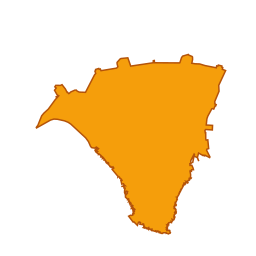 Sector 1, Bucharest, Romania, rotated 19°
{"feature_id": "2599482B44480573036225", "entity_name": "Sector 1", "entity_type": "district", "adm_level": 2, "iso_a3": "ROU", "parent_name": "Romania", "parent_adm1": "Bucharest", "projection": "equal_earth", "projection_center": [26.069, 44.488], "detail": "fine", "context": "isolated", "style": "filled", "palette": "amber", "viewbox_px": 256, "rotation_deg": 19, "n_neighbors": 0, "source": "geoboundaries", "source_scale": "gbopen_adm2", "svg_char_len": 5998}
<svg xmlns="http://www.w3.org/2000/svg" viewBox="0 0 256 256"><g transform="rotate(19 128 128)"><path d="M41.1,157.3L41.5,157.7L52.2,145.7L55.0,143.7L58.5,142.7L65.6,141.9L69.5,142.1L72.6,142.9L91.2,151.1L95.1,153.8L98.3,157.3L99.6,158.2L100.2,158.4L103.0,157.9L104.3,156.3L106.9,157.1L106.4,158.0L105.0,157.5L103.7,160.3L104.2,159.7L104.8,159.9L105.0,159.6L104.5,159.1L105.7,159.7L105.1,160.9L105.3,161.0L105.9,159.6L107.1,160.1L106.2,161.4L108.3,162.2L108.9,161.8L109.4,162.2L109.2,162.6L110.2,162.3L110.8,162.6L110.5,163.1L110.9,162.8L111.4,162.8L111.4,163.2L112.0,163.4L111.9,163.7L112.8,163.4L113.1,163.6L112.8,164.0L113.7,163.8L114.0,164.1L113.9,164.5L114.6,164.3L114.9,164.5L114.7,164.8L115.1,164.6L115.7,165.1L115.7,165.4L115.9,165.2L116.5,165.6L116.4,166.0L117.1,165.9L117.3,166.2L117.1,166.4L117.4,166.3L118.1,166.7L117.9,167.0L118.9,167.3L118.8,167.6L119.2,167.5L119.0,167.8L119.5,168.2L120.5,167.2L120.9,167.4L120.5,167.9L121.1,168.2L120.8,168.6L123.4,169.9L123.4,170.3L124.0,170.7L123.9,171.1L124.6,170.1L125.6,170.7L126.4,169.6L127.6,170.5L126.5,172.3L134.4,177.1L134.5,177.7L135.0,177.0L135.4,177.1L136.3,177.5L136.7,178.3L137.7,178.3L138.4,179.2L138.7,178.9L139.3,179.5L138.4,180.0L140.4,183.1L141.9,182.2L142.7,183.0L144.0,183.5L142.7,183.9L142.8,184.4L141.4,184.9L141.4,185.1L143.3,184.4L143.6,186.0L144.9,185.8L144.9,187.4L145.7,190.1L147.5,192.2L147.6,191.5L147.2,191.5L146.4,190.0L146.7,188.8L147.2,188.9L147.4,188.1L148.4,188.3L148.3,190.0L148.6,190.1L147.5,192.6L148.1,194.2L150.5,195.3L151.6,194.8L151.8,195.2L151.3,196.0L152.3,196.0L152.7,196.6L152.6,197.4L153.1,197.0L153.3,197.3L153.9,197.1L153.7,197.3L154.2,197.6L153.8,198.1L154.1,198.8L154.9,197.9L155.4,198.4L154.7,199.2L155.5,199.5L155.4,199.9L156.6,199.7L156.5,201.0L157.2,200.6L157.3,199.8L157.7,199.8L157.1,201.6L157.8,200.8L158.0,201.0L157.6,202.0L158.0,201.8L157.9,202.3L158.6,201.6L159.2,202.0L158.6,203.0L159.3,203.1L159.0,203.4L159.3,203.9L160.5,202.5L161.0,202.7L161.1,203.0L159.7,204.7L160.0,205.3L160.9,204.6L161.1,204.8L160.1,205.5L160.4,206.1L160.7,206.0L160.6,206.5L161.1,206.2L161.5,206.9L161.0,207.1L161.1,207.5L160.5,208.1L160.8,208.8L159.9,209.5L158.7,209.7L157.3,211.2L163.5,215.3L164.1,214.8L168.6,217.0L168.6,213.8L169.4,213.8L169.4,213.2L170.6,213.3L170.6,215.1L173.2,214.7L173.3,213.7L174.1,213.8L175.3,216.6L174.9,217.2L176.1,217.2L176.0,216.2L176.3,216.5L177.5,216.6L177.8,217.1L178.3,217.1L177.8,216.5L178.0,216.4L178.7,216.9L179.5,216.7L178.6,215.9L179.8,216.7L179.6,216.3L179.8,215.9L179.9,216.3L180.4,216.1L180.4,216.7L180.8,216.9L181.2,216.3L182.9,216.9L182.5,216.3L183.6,215.8L183.9,217.0L187.6,216.9L187.6,216.2L187.9,216.2L187.9,216.9L188.4,216.9L188.4,216.5L189.0,216.8L189.1,216.4L189.9,216.4L189.8,215.7L190.3,215.7L190.3,216.2L191.6,215.9L191.6,216.8L192.8,216.7L192.8,216.3L193.7,216.8L195.1,216.4L195.3,215.6L198.1,214.6L198.4,215.1L198.7,214.8L200.7,215.0L201.2,214.3L202.0,213.9L201.9,213.5L202.1,213.0L201.3,212.4L200.9,211.4L200.0,211.7L199.9,211.4L198.2,212.4L197.9,212.1L197.7,211.7L198.5,211.5L198.1,210.5L197.3,210.8L197.5,210.0L197.1,209.9L197.7,209.5L197.5,208.7L197.0,208.8L196.8,208.1L197.1,207.9L197.1,207.4L196.7,207.1L197.3,207.1L196.8,206.5L196.8,205.9L197.9,206.1L197.3,204.4L199.0,203.3L199.7,203.3L199.5,202.9L199.9,203.1L200.2,201.3L199.6,200.2L200.4,200.5L200.4,200.0L200.8,200.0L200.7,199.6L201.3,199.5L201.3,199.1L201.3,197.5L200.4,197.4L200.3,197.1L200.9,196.7L200.2,196.4L200.1,196.0L200.3,195.8L200.0,195.3L200.2,195.2L200.1,194.6L200.4,193.5L200.9,193.6L201.1,193.1L199.6,192.8L199.6,192.5L201.1,192.3L201.0,191.7L200.6,191.7L200.5,191.2L200.1,191.2L200.1,190.0L199.8,189.4L199.3,189.6L198.9,188.9L197.8,189.1L197.7,188.8L198.0,188.7L197.9,187.5L197.8,187.1L197.3,187.2L197.7,186.1L197.2,186.0L197.2,185.6L198.7,185.6L198.7,185.0L197.8,184.3L197.5,183.5L196.9,183.6L196.9,182.9L197.4,182.9L197.8,179.5L197.3,179.5L197.2,177.3L196.9,177.3L197.2,177.1L197.6,174.8L197.2,174.6L197.7,174.7L197.9,173.2L197.5,173.0L197.8,172.5L197.7,171.4L198.1,171.5L198.2,170.9L197.8,170.7L198.2,170.8L198.4,169.2L198.0,169.1L198.2,168.2L198.6,168.2L199.1,165.1L198.6,165.0L198.6,164.5L199.0,164.6L199.0,163.1L200.1,163.3L200.3,162.9L199.3,162.2L200.2,161.8L199.7,161.6L200.0,161.5L200.5,159.9L202.3,160.6L202.5,160.2L200.7,159.5L201.4,159.4L201.6,158.9L201.1,158.8L201.6,158.8L201.9,158.2L201.5,157.9L202.5,158.1L202.9,157.4L202.0,157.0L202.5,157.1L202.7,156.5L202.4,156.0L203.0,156.0L203.2,155.4L202.9,155.1L203.8,155.5L204.0,155.1L203.5,154.9L203.7,154.6L202.9,154.6L203.0,153.7L202.4,151.7L200.7,148.7L200.7,148.2L202.1,148.3L201.7,146.8L203.5,146.1L202.3,144.4L200.5,142.5L198.8,143.2L198.1,141.6L198.9,141.2L198.7,140.9L199.3,140.5L198.3,139.5L198.0,138.4L199.0,131.1L199.4,131.3L199.9,136.4L200.5,140.1L199.6,133.1L203.1,133.4L205.7,136.3L203.2,133.2L202.9,128.7L207.8,129.6L207.9,129.2L209.6,129.4L209.7,128.7L214.8,129.4L214.9,128.7L209.5,123.4L209.5,122.3L211.0,121.2L210.8,120.8L207.3,113.2L205.9,114.0L205.1,113.1L203.0,107.2L202.6,107.4L201.5,105.2L202.0,104.1L208.4,102.4L207.1,98.0L201.0,99.7L199.6,93.6L199.6,90.8L201.0,82.5L201.8,82.1L202.9,82.2L203.2,78.6L203.7,78.6L203.8,77.2L202.1,76.9L202.2,76.4L201.4,74.8L202.1,63.6L199.9,58.1L201.6,41.9L198.1,41.8L197.9,40.0L197.0,40.0L196.6,38.8L192.9,39.1L192.8,40.2L191.6,40.4L191.9,42.3L180.5,43.9L174.9,44.1L170.7,45.4L167.2,46.0L166.8,42.3L165.9,39.9L165.3,39.5L161.9,39.3L161.1,38.8L156.3,42.2L155.7,43.9L155.8,49.4L155.5,49.7L131.8,57.7L130.9,55.6L130.0,56.1L130.6,58.1L110.4,68.6L105.0,61.7L98.7,64.6L98.0,65.4L96.3,69.5L96.8,70.9L98.5,73.4L97.7,75.1L83.8,82.6L82.6,81.2L81.7,81.9L81.0,81.2L78.3,83.2L78.7,84.4L78.2,85.0L79.7,86.9L79.0,88.8L76.2,108.1L70.4,109.9L68.0,109.7L66.8,109.0L65.4,109.5L62.0,112.7L61.2,114.4L60.6,114.8L59.2,113.8L58.8,114.1L56.1,111.5L51.5,108.5L50.3,109.7L45.8,111.2L45.4,112.9L47.1,113.6L46.2,116.2L49.9,119.5L51.8,120.1L49.4,122.3L51.6,121.1L50.0,124.8L46.5,136.1L43.6,141.4L42.4,144.6L41.9,154.7L41.1,157.3Z" fill="#f59e0b" stroke="#b45309" stroke-width="1.5"/></g></svg>